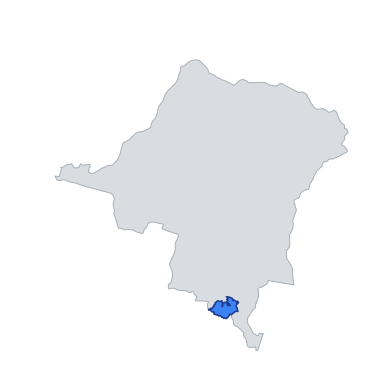 location of Kambove, Katanga, Democratic Republic of the Congo, rotated 18°
{"feature_id": "63176286B84034630662614", "entity_name": "Kambove", "entity_type": "district", "adm_level": 2, "iso_a3": "COD", "parent_name": "Democratic Republic of the Congo", "parent_adm1": "Katanga", "projection": "albers", "projection_center": [26.544, -11.235], "detail": "fine", "context": "in_parent", "style": "filled", "palette": "blue", "viewbox_px": 384, "rotation_deg": 18, "n_neighbors": 0, "source": "geoboundaries", "source_scale": "gbopen_adm2", "svg_char_len": 8115}
<svg xmlns="http://www.w3.org/2000/svg" viewBox="0 0 384 384"><g transform="rotate(18 192 192)"><path d="M317.5,248.9L291.6,252.7L292.1,254.2L291.8,255.8L291.2,256.9L288.5,260.2L284.6,263.1L284.6,263.8L286.5,267.1L287.7,271.7L287.3,279.6L287.9,281.8L287.7,283.5L286.4,285.3L283.8,294.9L285.5,299.6L290.5,304.0L293.4,307.2L298.4,308.4L299.2,308.2L299.6,305.6L303.5,304.6L303.4,321.7L303.1,322.6L302.3,322.9L301.4,322.3L301.1,320.7L300.1,319.9L295.2,322.0L294.0,321.9L292.6,321.6L291.6,320.7L291.4,319.4L288.0,314.4L286.3,314.0L284.4,309.5L276.8,306.2L273.9,305.9L272.4,304.9L270.9,301.4L268.3,299.1L267.7,296.6L267.2,296.2L265.7,296.7L264.3,300.7L262.6,301.6L259.4,301.7L251.6,300.6L245.9,298.5L244.5,298.7L242.2,296.8L241.3,293.8L241.8,291.4L241.4,291.1L232.8,293.1L230.7,294.3L228.8,294.0L228.2,293.4L229.0,291.7L228.6,290.0L227.9,289.2L225.4,288.5L224.6,286.6L223.0,286.4L222.5,286.7L222.1,288.0L221.2,288.4L216.1,287.8L210.7,289.6L203.6,289.2L200.2,291.3L199.7,291.2L199.0,290.2L198.3,287.0L198.6,286.1L199.7,285.4L200.0,284.1L199.6,280.7L199.9,279.9L199.5,278.0L198.4,274.9L196.8,272.5L193.5,268.7L192.9,267.0L193.1,262.7L194.0,256.0L193.8,251.1L192.4,247.9L192.1,244.4L192.8,238.1L192.0,236.6L175.5,236.4L174.8,236.0L174.5,235.1L175.2,231.4L165.1,232.5L162.1,233.3L160.3,234.9L159.8,236.8L159.8,239.5L158.3,242.1L158.0,246.5L155.2,247.1L152.5,247.1L147.1,246.4L141.9,247.7L139.4,249.0L138.1,248.5L133.4,249.1L132.8,248.7L127.2,240.3L124.7,237.5L124.2,236.1L124.4,234.7L123.7,233.0L121.0,228.6L120.5,226.6L120.5,223.3L120.2,222.3L117.8,219.5L116.3,218.7L114.7,218.2L87.7,219.7L78.8,219.5L72.3,220.2L69.0,220.1L68.0,219.7L65.1,220.4L63.6,221.7L61.3,222.4L59.8,222.2L56.9,219.2L60.6,218.4L60.9,218.1L60.8,210.4L59.7,209.4L61.7,208.0L64.9,204.4L68.0,203.1L68.4,202.4L69.1,202.4L70.4,203.7L73.2,205.5L76.6,203.7L76.9,203.2L77.2,199.9L78.1,199.6L79.6,200.2L80.4,200.2L81.9,199.2L86.2,197.4L87.6,199.4L86.5,201.4L87.1,202.7L87.3,204.8L88.0,205.2L91.5,205.3L92.5,204.8L99.1,197.0L100.8,196.0L103.6,192.9L107.4,191.4L109.0,189.0L111.1,184.7L111.9,178.6L111.2,168.2L111.4,166.7L115.9,161.9L120.5,153.2L123.7,150.8L126.1,149.9L129.8,146.6L132.7,143.4L132.2,139.6L132.8,136.5L134.3,132.5L134.7,128.3L134.0,123.9L134.1,120.3L136.2,114.5L136.2,107.9L138.1,102.3L142.0,95.2L143.7,90.0L143.2,84.9L143.6,81.1L143.4,78.9L142.6,77.0L142.9,75.8L144.4,75.3L146.3,73.3L149.6,68.2L153.3,65.7L155.9,64.9L158.6,64.9L160.3,65.3L163.2,67.2L166.6,68.7L169.0,70.5L171.5,73.5L177.3,74.1L179.8,75.2L181.3,75.5L181.9,75.2L183.1,75.4L185.8,76.2L188.0,75.7L198.7,77.5L199.9,76.5L202.8,71.3L205.1,69.4L208.7,69.2L211.6,70.2L213.1,70.2L226.3,65.6L228.0,65.3L232.8,66.4L235.9,65.6L237.1,65.8L239.8,65.1L242.0,61.9L243.8,61.1L262.8,64.5L265.7,62.9L267.1,62.7L271.3,63.9L272.5,65.8L275.1,67.5L276.9,70.2L279.7,71.8L281.1,73.2L282.7,74.2L286.2,74.6L290.5,72.2L293.6,72.5L296.7,73.8L297.8,73.8L300.1,72.4L301.4,70.8L302.6,70.5L304.4,71.2L305.9,72.7L307.2,74.8L311.8,79.5L316.4,81.6L317.5,84.5L319.1,84.2L320.0,84.5L321.1,86.4L321.9,86.7L322.1,87.5L320.9,89.2L319.8,92.5L321.2,94.5L319.9,97.5L319.3,100.5L320.8,101.3L322.7,101.3L324.4,102.9L325.8,103.1L327.1,104.9L326.8,106.3L322.2,111.2L315.5,117.2L313.2,117.9L312.0,119.0L311.2,120.8L309.2,122.3L307.7,122.9L307.5,127.3L305.2,131.9L304.3,132.8L303.0,140.3L303.2,141.6L301.9,147.7L302.1,153.4L298.8,155.2L296.6,157.9L295.6,159.9L295.6,164.6L292.0,167.4L291.7,168.0L292.6,171.3L293.9,171.9L293.9,173.0L296.8,176.5L296.6,187.4L296.7,188.5L298.2,191.1L299.2,196.1L298.0,202.4L301.9,214.0L300.1,218.2L300.9,222.3L303.2,226.5L308.7,230.8L310.2,232.5L311.6,234.9L312.8,238.5L317.5,248.9Z" fill="#d9dde1" stroke="#a8b0b8" stroke-width="1"/><path d="M266.5,282.0L266.0,281.9L265.6,281.7L265.3,281.8L265.0,281.8L264.8,281.8L264.6,281.9L264.5,282.0L264.4,282.0L264.3,282.5L264.2,282.5L264.0,282.4L263.9,281.9L263.9,281.7L264.0,281.4L263.9,281.2L263.6,281.0L263.4,280.8L263.1,280.7L262.7,280.6L262.0,280.5L261.4,280.6L261.1,280.5L260.9,280.5L260.6,280.5L260.4,280.4L260.1,280.4L259.9,280.6L259.7,280.6L259.2,280.6L258.9,280.6L258.6,280.7L258.2,280.6L257.9,280.7L257.5,281.0L257.8,281.1L257.8,281.3L257.9,281.5L258.1,281.7L258.2,281.8L258.3,281.8L258.3,282.0L258.5,282.3L258.9,282.4L259.0,282.4L258.9,282.6L258.9,282.8L258.6,283.0L258.4,283.3L258.3,283.5L259.2,283.9L259.3,284.1L259.5,284.2L259.6,284.3L259.4,284.7L259.4,284.8L259.3,285.0L259.1,285.2L259.0,285.4L258.9,285.8L259.0,286.0L259.0,286.4L258.9,286.4L258.8,286.6L258.7,286.6L258.4,286.5L258.1,286.6L257.8,286.7L257.8,286.8L257.7,286.8L257.3,286.7L257.1,286.9L256.8,287.0L256.7,287.4L256.2,288.2L256.0,288.5L256.0,288.8L256.1,289.5L256.1,289.9L256.1,290.2L256.0,290.3L256.1,290.9L256.2,291.3L255.5,291.0L255.5,290.9L255.6,290.6L255.6,290.4L255.6,290.2L255.7,289.7L255.5,289.4L255.7,289.1L255.8,289.0L255.8,288.9L255.7,288.8L255.5,288.7L255.4,288.6L255.3,288.4L255.2,288.0L255.0,287.9L254.9,287.9L254.9,287.5L254.9,287.4L254.7,287.3L254.5,287.2L254.4,287.1L254.3,286.9L254.3,286.7L254.2,286.6L254.2,286.4L253.9,286.4L253.7,286.4L253.4,286.5L253.3,286.8L253.1,287.0L252.9,287.3L252.7,287.4L252.5,287.5L252.2,287.7L251.8,287.7L251.1,287.5L250.8,287.5L250.5,287.4L250.2,287.5L249.5,288.3L249.5,288.5L249.3,288.9L249.2,289.1L249.1,289.4L248.8,289.6L248.3,289.9L248.3,290.3L248.3,290.9L248.4,291.1L248.6,291.3L248.6,291.5L248.5,292.0L248.0,292.4L247.8,292.8L247.9,293.2L247.8,293.4L247.8,293.5L248.0,293.7L248.2,293.8L248.1,294.0L248.1,294.3L248.1,294.5L247.9,294.6L247.6,294.7L247.5,294.8L247.5,295.4L247.2,295.7L247.1,295.8L246.9,295.9L246.9,296.0L246.7,296.4L246.8,296.8L246.7,297.0L246.2,297.2L246.1,297.3L245.8,297.2L245.8,297.3L245.7,297.5L245.4,297.8L245.3,298.0L245.1,298.1L245.0,298.3L244.9,298.4L244.7,298.5L244.3,298.3L244.2,298.5L244.1,298.8L244.1,299.0L244.3,299.1L244.6,299.0L244.8,299.0L245.2,298.8L245.4,298.8L245.5,298.7L245.6,298.4L245.8,298.4L246.2,298.5L246.3,298.3L246.8,299.1L247.0,299.2L247.2,299.4L247.3,299.6L247.6,299.6L248.4,299.7L248.8,299.7L249.1,299.5L249.3,299.3L249.6,299.3L249.7,299.5L249.7,299.8L249.8,300.0L250.1,300.4L250.3,300.4L250.7,300.4L250.9,300.5L251.0,300.7L251.1,300.9L251.0,301.0L250.9,301.2L251.0,301.2L251.1,301.3L251.4,301.3L251.7,301.3L252.2,301.3L253.1,301.3L253.6,301.2L253.7,301.3L253.9,301.3L254.0,301.1L254.7,301.3L255.2,301.4L255.3,301.5L255.5,301.6L255.8,301.7L256.1,301.5L256.2,301.3L256.9,301.0L257.1,300.9L257.3,300.9L257.7,301.0L257.9,301.1L258.2,301.4L258.7,301.6L258.9,301.8L259.1,301.9L259.3,301.8L259.5,301.7L259.6,301.8L259.8,301.8L260.0,301.9L260.4,301.9L260.8,302.0L261.0,302.3L261.6,301.8L261.8,301.7L262.1,301.6L262.5,301.9L262.6,302.0L263.0,301.9L263.4,301.9L263.5,301.9L263.7,301.5L263.9,301.3L264.1,301.2L264.4,301.0L264.5,300.8L264.6,300.4L264.8,300.2L265.0,300.1L265.1,299.9L265.0,299.6L265.1,299.3L265.1,298.8L265.2,298.7L265.3,298.5L265.5,298.2L265.7,297.9L265.6,297.6L265.4,297.2L265.4,296.7L265.6,296.5L266.2,296.6L266.4,296.6L266.7,296.4L267.2,296.5L267.3,296.4L267.6,296.3L267.8,296.0L267.8,295.4L267.9,295.2L268.0,295.2L268.3,294.9L268.3,294.7L268.6,294.2L269.0,294.0L269.2,293.9L269.2,293.6L269.4,293.4L269.6,293.0L270.2,292.2L270.4,292.1L270.9,292.0L271.3,291.7L271.7,291.5L272.1,291.6L272.4,291.5L272.5,291.3L271.8,290.1L270.7,288.2L269.9,287.7L269.6,287.7L269.3,287.1L269.3,286.9L269.2,286.4L269.2,286.2L269.2,285.9L269.2,285.5L269.3,285.3L269.5,285.1L269.6,284.8L269.5,284.6L269.4,284.6L269.2,284.5L269.1,284.4L268.9,284.1L269.0,284.0L269.0,283.9L269.3,283.9L269.7,283.9L269.8,283.7L270.0,283.6L270.1,283.4L270.2,283.1L270.4,283.0L270.4,282.9L270.2,282.8L269.7,282.8L269.5,282.7L269.4,282.6L269.6,282.2L269.6,281.9L269.3,281.8L268.8,282.0L268.6,282.1L268.5,282.3L268.2,282.4L268.0,282.5L267.8,282.5L267.5,282.5L267.3,282.4L267.0,282.1L266.9,282.1L266.7,282.0L266.5,282.0ZM260.5,286.3L260.7,286.5L260.9,286.8L261.6,286.8L261.7,287.2L262.0,287.3L262.3,287.3L262.5,287.3L262.7,287.5L263.4,288.0L263.4,288.3L263.2,288.3L262.9,288.4L262.7,288.3L262.4,288.5L262.1,288.7L261.9,288.5L261.6,288.5L261.3,288.5L261.0,288.5L260.8,288.6L260.7,288.6L260.4,288.2L260.2,287.8L259.9,287.6L260.0,287.2L260.3,286.7L260.5,286.3Z" fill="#3b82f6" stroke="#1e3a8a" stroke-width="1.5"/></g></svg>